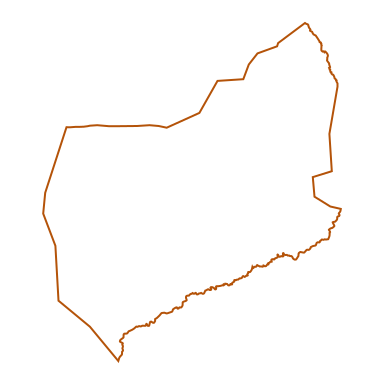 Mo'ron, Hentiy, Mongolia (orthographic projection)
{"feature_id": "93677404B68040826216120", "entity_name": "Mo'ron", "entity_type": "district", "adm_level": 2, "iso_a3": "MNG", "parent_name": "Mongolia", "parent_adm1": "Hentiy", "projection": "orthographic", "projection_center": [110.381, 47.305], "detail": "fine", "context": "isolated", "style": "outline", "palette": "amber", "viewbox_px": 384, "rotation_deg": 0, "n_neighbors": 0, "source": "geoboundaries", "source_scale": "gbopen_adm2", "svg_char_len": 5977}
<svg xmlns="http://www.w3.org/2000/svg" viewBox="0 0 384 384"><path d="M118.3,361.0L119.2,358.0L119.9,356.8L121.8,354.7L122.0,354.1L122.1,351.7L122.9,350.8L123.0,350.3L122.9,349.8L122.5,348.7L122.4,348.2L122.8,347.1L122.9,346.5L122.9,346.0L122.3,344.7L122.3,344.4L122.8,343.6L122.7,343.2L122.3,342.9L120.3,341.9L120.0,341.6L119.9,341.3L120.0,340.8L120.2,340.3L120.6,339.7L123.2,337.8L123.5,337.4L123.6,334.9L123.7,334.4L124.0,334.0L124.3,333.7L126.4,333.6L127.1,333.4L128.0,332.4L128.2,332.0L128.6,331.4L128.9,331.2L130.0,330.8L132.3,329.7L134.0,328.6L136.3,326.6L137.5,326.8L139.1,326.1L140.6,326.4L141.2,326.3L142.3,325.7L145.3,325.8L145.6,325.7L145.9,325.2L146.2,324.2L146.4,323.9L146.6,323.9L146.9,324.2L147.4,325.3L147.7,325.7L148.1,325.9L149.0,325.8L149.2,325.6L149.8,323.0L150.1,322.1L150.3,321.8L151.1,321.6L153.1,322.8L153.6,322.8L154.2,322.6L155.1,321.0L155.1,319.1L157.0,317.9L159.5,315.5L161.3,313.3L161.8,313.0L164.3,312.7L166.5,313.4L167.4,313.3L171.8,311.8L172.2,311.5L172.7,310.5L172.9,309.6L173.2,309.2L174.8,308.1L176.2,307.4L176.8,307.4L177.1,307.7L177.2,308.2L177.5,308.5L177.9,308.7L178.7,308.4L179.1,307.7L179.5,307.4L181.0,307.5L181.4,307.3L182.0,306.5L182.5,305.6L182.6,305.1L182.7,302.4L183.0,302.0L184.3,301.4L185.7,301.0L186.6,300.3L186.6,299.7L186.2,298.6L186.0,297.8L186.0,297.0L186.2,296.3L186.7,295.9L187.2,295.7L188.9,295.6L189.2,295.4L189.6,294.8L190.4,294.1L190.8,293.9L191.5,293.9L191.9,293.7L192.4,293.1L192.6,293.0L193.4,293.6L194.0,293.8L195.2,293.1L195.7,292.9L196.1,293.3L196.4,294.0L196.7,294.3L197.2,294.4L197.9,294.3L198.9,293.5L200.3,293.3L201.1,292.9L202.4,293.7L203.1,293.8L203.7,293.6L204.2,293.1L205.3,290.6L206.2,290.3L207.9,289.3L208.5,289.3L209.2,289.8L209.8,290.0L210.5,290.0L211.0,289.8L211.2,289.3L211.2,288.9L210.6,288.0L210.5,287.7L210.9,287.2L211.3,287.1L212.0,287.1L213.7,287.8L214.9,289.2L215.2,289.4L215.5,289.4L215.9,289.2L216.1,288.8L216.2,287.9L216.0,286.8L216.2,286.4L216.6,286.2L218.3,286.2L220.4,285.9L222.4,285.3L223.4,285.4L223.6,285.3L223.6,285.0L223.5,284.6L223.5,284.4L223.8,284.2L224.4,284.6L224.6,284.6L225.1,284.2L225.3,283.7L227.1,284.0L228.0,285.0L228.3,285.3L228.9,285.4L229.4,285.3L229.8,285.1L230.5,284.0L230.8,284.0L231.2,284.3L231.8,284.5L232.1,284.3L232.2,283.0L232.4,282.7L234.1,281.7L234.3,281.4L234.4,281.0L234.2,280.4L234.4,280.1L235.0,280.0L236.1,280.1L237.0,279.6L238.1,279.6L238.5,279.3L239.5,278.4L240.6,278.4L241.4,278.1L241.9,277.8L242.6,276.5L242.9,276.2L243.3,276.1L244.6,276.9L245.1,276.7L246.0,275.9L247.5,275.6L247.7,275.4L247.6,275.2L247.3,274.8L247.2,274.6L247.2,274.4L248.1,273.3L248.1,272.3L248.2,272.1L248.3,272.0L249.7,272.1L250.2,271.9L250.7,271.3L251.4,270.3L251.9,269.2L252.4,267.0L252.5,267.2L252.8,267.9L253.0,268.1L253.3,268.1L253.6,267.8L254.2,266.8L255.9,266.8L256.4,266.3L256.8,265.4L257.2,265.1L257.5,265.2L257.9,265.7L258.3,265.8L258.8,265.9L259.8,266.5L261.0,266.4L262.4,266.7L263.0,266.5L263.4,265.4L263.5,265.4L264.7,266.2L265.6,266.2L266.1,266.0L267.1,264.7L268.2,264.5L268.4,264.4L268.4,264.2L268.3,263.8L268.0,263.4L268.2,263.2L268.5,263.0L269.2,262.9L269.6,262.6L270.2,261.9L270.5,261.7L271.3,261.8L271.7,261.7L271.7,261.3L271.5,260.5L271.4,259.9L271.6,259.6L271.8,259.4L273.2,259.1L273.6,259.4L274.3,259.4L274.6,259.1L274.9,258.6L275.2,258.3L276.7,257.8L277.4,257.4L277.7,257.0L277.7,256.3L277.4,254.9L277.6,254.6L277.9,254.7L278.2,255.0L278.6,256.1L279.2,256.7L279.6,256.8L280.1,256.7L281.2,256.1L282.1,256.4L283.0,256.4L283.3,256.2L283.1,255.3L282.9,253.9L283.0,253.3L283.2,253.1L283.4,253.1L284.1,254.3L284.5,254.7L284.9,254.9L285.6,255.0L286.9,254.9L287.9,255.6L289.1,255.5L289.8,256.0L290.2,256.1L291.1,256.0L292.1,256.6L293.0,258.4L293.7,259.1L294.7,259.6L295.4,259.6L296.0,259.5L296.6,258.8L298.4,256.0L298.6,253.6L298.9,253.0L299.9,252.2L300.4,252.0L303.5,252.6L304.3,252.5L306.6,249.9L307.3,249.7L308.2,249.9L308.7,249.9L309.5,249.4L310.4,248.4L310.6,247.5L310.8,247.1L312.8,246.1L315.5,245.5L316.0,244.9L316.3,243.9L316.6,243.0L316.9,242.7L317.7,242.3L319.4,242.4L319.7,242.2L319.9,241.4L320.1,241.0L320.7,240.5L321.1,240.4L321.5,239.8L321.9,239.5L323.6,239.8L324.8,239.3L325.6,239.5L326.2,239.5L328.2,239.2L328.3,239.0L329.2,236.8L329.5,235.8L329.7,233.5L329.5,233.2L329.5,232.9L330.1,232.1L330.0,231.6L328.9,229.9L328.9,229.7L330.1,228.7L330.9,228.3L332.3,227.9L332.7,227.6L333.6,226.9L334.3,226.1L334.3,225.7L333.9,224.8L333.3,223.7L332.9,222.9L332.7,222.5L332.7,222.3L333.2,222.0L334.5,221.8L335.2,221.6L336.0,220.8L337.0,219.6L337.2,218.7L337.2,217.3L337.4,216.8L337.8,216.5L339.0,216.1L339.4,215.6L339.5,215.3L339.4,214.7L338.8,213.7L338.8,213.4L339.1,212.9L340.1,211.8L340.4,211.1L340.7,209.7L340.8,208.9L330.3,206.5L314.5,196.7L312.8,177.1L331.8,171.2L329.4,133.9L337.5,86.7L337.5,83.4L336.5,81.6L336.6,80.5L336.0,80.3L335.9,79.5L335.3,78.8L334.7,78.5L334.6,78.3L334.3,76.9L333.6,75.3L333.1,74.7L332.5,74.6L332.1,74.3L331.6,73.6L331.4,73.5L331.3,73.2L331.5,72.5L331.4,72.2L330.6,72.1L330.4,71.9L330.2,70.7L330.1,70.2L330.2,69.5L329.9,69.3L329.6,69.3L329.4,68.3L329.2,68.1L329.1,67.9L330.0,67.3L330.1,67.1L329.6,65.8L329.2,64.4L329.1,63.4L327.2,60.8L327.0,60.2L327.3,59.1L327.2,57.8L327.7,56.6L327.9,55.7L327.7,54.7L327.1,53.5L325.4,51.6L325.2,51.5L324.9,51.6L324.4,52.2L323.9,51.4L323.5,51.3L322.8,51.6L322.6,51.6L321.6,50.7L321.4,50.3L321.3,49.2L321.5,45.8L321.7,45.4L321.3,44.9L321.4,43.9L320.9,43.5L320.9,42.6L320.5,42.3L319.7,42.1L319.7,41.9L319.1,40.7L317.0,37.4L316.2,36.3L315.8,35.6L313.5,34.4L312.6,33.0L312.4,32.4L312.1,31.8L310.1,30.8L310.0,30.6L310.1,30.1L310.2,29.9L310.4,29.5L310.1,29.0L308.9,27.5L308.7,26.4L308.3,25.8L308.3,25.1L307.7,24.3L306.3,23.9L305.0,23.0L278.1,43.1L277.1,46.3L257.5,53.4L248.8,64.5L243.3,79.2L217.5,80.9L199.4,112.9L166.7,127.7L158.7,126.0L149.5,125.2L137.0,126.0L116.8,126.2L109.0,126.2L97.2,125.2L89.9,125.7L87.6,126.2L83.7,126.7L78.6,126.9L75.1,126.9L69.8,127.3L66.5,127.2L45.2,192.8L43.2,213.6L55.4,245.8L58.5,300.7L89.9,326.7L118.3,361.0Z" fill="none" stroke="#b45309" stroke-width="2"/></svg>